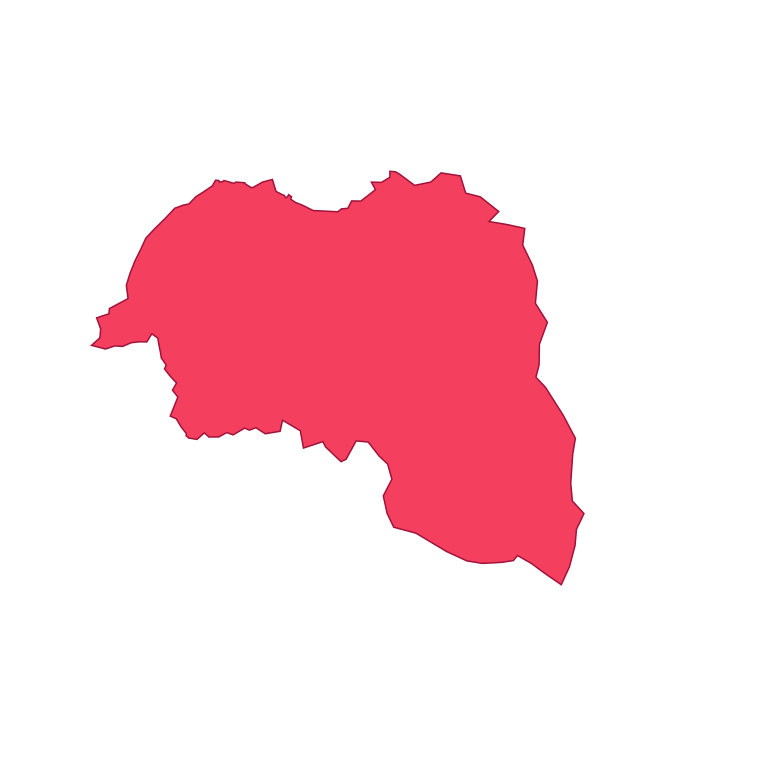 the district of Kedares, Paphos, Cyprus, rotated 232°
{"feature_id": "46923920B11025304777915", "entity_name": "Kedares", "entity_type": "district", "adm_level": 2, "iso_a3": "CYP", "parent_name": "Cyprus", "parent_adm1": "Paphos", "projection": "albers", "projection_center": [32.731, 34.831], "detail": "fine", "context": "isolated", "style": "filled", "palette": "rose", "viewbox_px": 768, "rotation_deg": 232, "n_neighbors": 0, "source": "geoboundaries", "source_scale": "gbopen_adm2", "svg_char_len": 1935}
<svg xmlns="http://www.w3.org/2000/svg" viewBox="0 0 768 768"><g transform="rotate(232 384 384)"><path d="M349.3,302.3L348.0,307.7L356.3,327.0L348.0,335.8L330.2,335.8L318.7,337.6L304.1,331.6L296.3,314.6L280.2,306.8L265.1,303.5L246.8,317.3L213.4,330.2L193.7,340.3L182.2,350.9L171.2,366.6L165.2,377.2L166.6,383.6L152.0,389.6L135.5,394.2L116.7,400.1L117.4,401.5L125.8,417.6L139.1,435.1L151.0,446.2L158.8,461.8L175.8,460.4L190.9,470.1L212.4,489.4L223.4,501.4L249.1,506.0L282.0,509.2L295.8,507.9L303.6,518.0L319.6,530.9L332.0,550.7L354.4,553.0L370.5,568.2L386.5,574.2L408.0,578.8L418.0,588.8L419.9,590.7L432.8,580.1L447.4,566.8L449.3,580.6L472.2,575.1L484.1,565.9L501.0,572.3L515.2,559.0L514.3,545.2L521.7,530.4L540.0,525.4L544.2,523.7L548.0,519.6L543.3,515.9L544.4,506.2L550.8,498.4L542.4,496.9L542.4,478.4L548.2,471.2L544.7,463.7L548.2,458.4L548.2,453.6L564.4,434.9L575.6,429.6L581.4,426.1L587.2,424.2L588.4,426.4L591.9,425.4L590.9,423.1L591.3,421.2L594.0,421.5L596.3,420.2L602.2,417.5L613.9,422.0L617.9,412.6L619.5,401.8L620.9,400.1L627.3,397.8L628.3,398.2L634.3,391.6L634.5,389.3L642.9,383.2L642.8,381.3L644.4,378.8L646.1,379.1L648.3,376.7L645.8,370.7L646.5,360.2L647.4,351.2L646.0,341.1L648.6,335.8L651.3,327.4L649.2,313.4L647.5,298.6L645.6,286.2L639.8,275.0L634.2,263.3L627.5,251.9L620.4,241.7L608.9,234.9L612.5,214.1L608.7,210.4L613.1,198.3L601.8,194.6L595.3,188.5L594.5,177.3L583.0,186.1L579.7,195.4L574.5,201.2L572.2,210.1L568.0,217.0L563.2,223.0L566.5,232.0L559.4,234.0L553.4,230.7L546.7,227.4L541.5,224.5L533.1,224.1L531.0,220.3L522.7,220.3L512.5,221.1L509.3,213.5L500.6,213.5L490.3,195.8L484.5,198.9L474.7,197.7L466.5,197.7L465.1,196.2L461.7,196.8L457.8,200.4L455.5,202.5L456.1,212.4L450.0,213.4L444.0,221.2L442.5,230.2L436.8,233.8L435.0,247.1L430.5,249.5L428.4,256.1L417.9,259.8L410.7,273.0L417.9,281.7L398.7,289.3L383.1,281.1L376.2,300.4L370.5,299.2L349.3,302.3Z" fill="#f43f5e" stroke="#9f1239" stroke-width="1.5"/></g></svg>